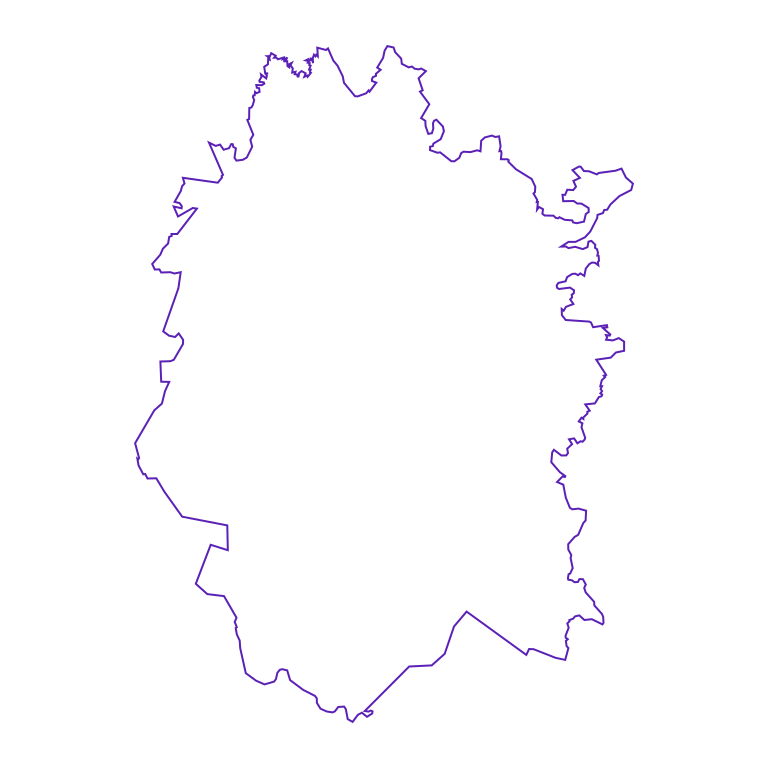 outline of Arcelia, Guerrero, Mexico
{"feature_id": "50627088B97404190214599", "entity_name": "Arcelia", "entity_type": "district", "adm_level": 2, "iso_a3": "MEX", "parent_name": "Mexico", "parent_adm1": "Guerrero", "projection": "albers", "projection_center": [-100.171, 18.254], "detail": "fine", "context": "isolated", "style": "outline", "palette": "violet", "viewbox_px": 768, "rotation_deg": 0, "n_neighbors": 0, "source": "geoboundaries", "source_scale": "gbopen_adm2", "svg_char_len": 6012}
<svg xmlns="http://www.w3.org/2000/svg" viewBox="0 0 768 768"><path d="M209.0,142.6L223.0,174.9L221.6,176.1L222.0,177.5L217.8,182.7L182.9,177.8L184.5,183.5L182.1,186.2L180.8,191.0L174.6,201.9L179.6,203.1L181.8,206.2L181.6,208.3L173.7,206.5L178.0,216.5L192.8,208.0L196.9,208.6L177.3,234.0L171.5,234.0L171.7,235.9L169.2,236.9L168.1,243.5L162.9,248.7L160.3,254.7L152.2,264.0L154.8,269.5L159.4,269.4L161.2,272.5L170.3,272.2L174.4,273.5L180.7,272.2L178.4,288.2L163.2,331.4L169.1,335.7L175.1,337.0L178.7,333.4L183.1,339.8L183.0,344.0L173.8,359.8L170.3,361.2L160.4,361.5L161.2,381.7L169.2,381.9L165.0,391.2L161.9,403.6L154.3,410.3L135.1,443.2L139.1,458.1L138.2,459.5L137.4,458.8L138.6,465.6L143.3,474.3L145.2,474.0L147.5,478.5L156.3,478.3L164.3,491.6L182.2,516.7L227.3,525.4L227.8,550.2L210.7,544.8L195.8,583.8L207.3,594.1L224.0,596.1L236.5,617.7L234.7,622.0L236.8,627.1L235.7,628.0L236.8,634.3L239.7,640.6L240.2,648.1L245.8,673.2L256.1,680.7L264.5,684.4L274.1,681.6L276.0,679.0L277.3,672.9L279.8,669.8L282.3,669.2L287.2,670.4L290.1,680.1L303.2,689.9L315.0,695.9L316.8,698.4L316.9,702.9L320.5,708.7L326.8,711.5L332.5,712.4L334.9,711.4L338.2,707.0L344.1,706.6L345.8,709.1L347.7,719.1L352.6,721.9L357.9,714.8L361.9,712.7L367.0,716.8L372.2,713.5L372.5,711.3L370.7,710.6L368.5,711.6L364.8,711.0L409.2,666.5L431.7,665.4L444.7,653.8L454.0,626.5L466.6,611.6L526.3,654.9L529.1,649.0L533.6,649.2L555.5,657.8L565.2,659.9L568.4,648.1L566.6,646.1L565.9,640.9L567.8,639.2L565.7,637.7L565.6,635.6L568.7,627.7L567.3,623.4L569.5,621.4L569.3,620.1L573.1,618.7L575.0,616.4L579.3,615.4L584.4,620.0L591.8,619.2L602.5,624.4L603.5,622.8L603.2,617.0L602.0,614.0L594.3,605.4L594.2,601.9L585.7,592.4L584.2,588.0L585.8,584.5L582.9,579.2L579.4,579.1L577.9,582.0L574.5,582.2L572.0,580.3L568.3,579.7L567.9,578.4L568.6,574.2L570.2,573.5L572.7,568.1L570.6,558.1L571.3,555.0L568.3,549.6L568.2,544.2L574.5,537.0L578.2,534.8L583.3,523.0L585.6,520.5L586.1,510.7L578.5,508.6L572.2,509.3L569.9,507.8L565.8,497.7L563.3,484.7L557.1,482.0L562.5,476.5L564.9,477.0L565.3,476.1L559.8,472.1L551.3,462.2L552.2,452.4L553.9,449.8L561.4,455.5L566.3,455.4L568.0,453.0L567.2,448.7L572.1,444.1L569.0,439.3L574.1,438.4L577.4,443.3L580.6,441.3L582.6,441.7L584.6,439.6L585.2,437.8L581.5,427.3L582.4,423.3L578.8,421.4L581.5,417.7L583.3,418.9L583.2,417.6L587.4,413.6L587.3,411.8L589.7,410.7L585.3,404.4L594.9,403.4L598.8,397.1L601.5,396.3L602.2,394.6L600.4,393.4L602.1,391.2L600.6,389.1L602.0,386.2L600.3,386.2L601.8,380.2L605.2,377.0L603.9,375.7L606.1,374.9L596.3,359.7L610.8,357.6L615.9,352.5L624.1,350.8L624.1,341.6L618.8,338.1L612.9,340.4L606.1,339.7L607.1,337.4L606.0,335.1L609.7,335.6L610.3,334.5L602.9,328.0L607.3,327.3L606.9,325.1L593.1,327.2L591.0,322.5L589.3,321.6L565.7,320.0L561.9,315.2L561.7,309.0L563.7,310.7L566.0,306.8L573.4,304.0L570.2,299.4L572.1,297.4L571.7,294.7L573.8,293.2L574.0,290.3L570.0,287.6L559.0,289.0L557.0,287.7L556.7,285.4L558.4,282.9L565.6,281.3L567.1,277.1L572.3,273.9L575.4,273.7L578.0,275.2L580.3,273.4L584.3,275.9L585.8,268.5L589.3,264.1L592.1,262.5L595.3,262.9L598.3,265.3L597.9,261.9L599.0,260.8L598.6,255.8L597.3,255.6L598.0,252.8L597.0,249.2L595.0,247.8L595.3,244.8L591.4,240.9L588.5,241.6L587.5,247.1L582.8,249.1L575.1,246.8L568.5,248.1L565.9,246.5L561.2,246.6L568.5,241.9L575.5,241.9L585.0,237.3L590.3,231.5L597.2,218.1L597.5,214.9L602.9,213.1L604.2,210.0L607.2,209.7L610.4,204.5L619.5,196.0L631.2,190.0L632.9,183.6L625.9,177.5L621.5,168.6L615.6,170.7L598.6,173.0L596.9,174.4L589.1,171.3L583.9,171.0L580.7,166.7L578.9,166.6L572.5,170.1L579.9,177.9L573.4,180.9L576.0,186.7L573.2,190.1L567.3,189.7L565.1,194.9L562.5,194.8L563.2,201.2L573.7,201.0L577.2,203.5L581.4,203.6L588.6,208.0L588.7,212.0L585.8,214.0L584.0,221.6L576.8,223.2L573.1,222.4L572.3,220.4L564.7,219.8L559.4,217.2L558.2,218.3L555.9,218.0L553.5,215.7L544.6,215.5L542.4,213.8L543.0,209.2L539.0,207.0L537.1,209.6L537.9,202.0L536.7,202.1L537.2,199.9L533.5,193.5L534.9,192.2L535.3,186.7L531.7,179.0L516.0,169.3L508.3,161.7L508.8,160.2L507.5,159.3L500.9,159.2L501.5,152.9L501.1,151.1L499.4,151.2L500.6,146.4L499.1,136.3L495.4,137.0L491.9,135.6L484.9,137.4L481.2,140.7L480.5,151.3L477.1,150.3L470.5,152.1L463.5,151.7L461.2,153.1L459.3,157.8L454.4,161.3L451.3,161.2L440.2,152.4L437.3,152.7L430.0,150.1L430.1,146.7L432.8,146.1L433.4,143.6L440.7,139.2L443.9,131.2L442.9,126.5L436.4,119.7L434.0,120.8L433.0,123.2L433.3,128.6L431.9,133.2L428.3,133.9L425.6,126.2L425.3,120.8L421.1,118.1L429.3,104.2L420.0,91.6L422.7,90.3L418.6,78.3L425.9,71.1L421.1,68.5L418.9,69.4L414.6,68.7L411.9,66.5L408.8,67.4L401.8,63.8L401.2,58.6L395.2,52.2L393.6,47.5L387.4,46.1L384.6,50.7L383.1,57.9L377.2,67.6L380.6,69.8L375.9,73.8L376.0,75.8L372.8,77.2L371.9,79.4L372.0,81.0L376.3,82.6L369.5,91.7L368.6,90.4L366.2,93.3L357.6,96.4L355.0,96.2L344.0,82.8L342.7,76.2L337.5,65.6L333.3,60.6L328.0,48.4L326.1,50.0L317.3,47.7L317.8,56.4L316.2,54.8L315.4,56.3L314.0,54.7L312.8,58.1L313.0,63.2L312.4,58.5L310.7,58.5L310.8,60.3L308.8,60.4L308.4,59.1L305.7,60.4L308.9,61.2L307.8,62.7L309.7,63.1L309.2,65.0L310.6,65.6L309.1,69.6L310.7,69.7L309.9,72.1L310.9,72.8L307.6,76.8L307.0,75.5L304.3,76.8L305.6,73.3L301.6,71.1L299.2,72.9L298.5,76.5L297.6,76.5L297.1,74.5L294.7,74.2L295.5,71.8L292.2,72.6L292.8,68.5L290.5,65.2L291.7,62.9L289.2,64.2L289.2,67.3L287.5,66.1L287.2,61.2L285.2,61.3L287.3,57.4L284.2,60.1L284.2,58.2L282.9,58.9L283.4,57.6L277.9,59.3L276.3,57.6L274.1,57.7L275.6,55.7L271.2,53.2L270.0,56.1L267.2,56.2L269.4,57.8L269.7,59.7L268.2,58.9L267.9,64.4L264.2,66.8L265.2,73.3L268.1,73.3L265.7,73.9L266.9,75.7L266.2,78.4L261.0,74.4L261.5,76.9L259.3,80.6L259.6,81.8L263.8,82.4L264.3,83.7L261.8,85.2L256.3,85.0L256.8,87.7L259.1,88.2L259.6,91.9L256.5,93.2L255.0,91.9L254.7,95.3L253.3,95.5L252.9,97.1L254.2,100.0L252.7,105.3L251.4,107.5L249.3,108.0L249.1,119.0L247.3,119.9L253.3,134.8L250.4,139.8L252.2,146.7L246.8,157.5L242.8,159.8L236.4,160.6L234.5,157.6L235.9,148.4L233.3,146.9L232.7,144.2L231.2,144.1L229.0,148.2L223.6,149.7L220.1,144.6L215.7,145.9L209.0,142.6Z" fill="none" stroke="#5b21b6" stroke-width="2"/></svg>